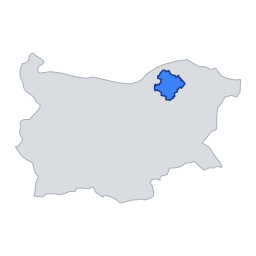 Razgrad highlighted on a map of Bulgaria
{"feature_id": "BGR-2256", "entity_name": "Razgrad", "entity_type": "Province", "adm_level": 1, "iso_a3": "BGR", "parent_name": "Bulgaria", "parent_adm1": "", "projection": "albers", "projection_center": [26.578, 43.648], "detail": "fine", "context": "in_parent", "style": "filled", "palette": "blue", "viewbox_px": 256, "rotation_deg": 0, "n_neighbors": 0, "source": "natural_earth", "source_scale": "10m", "svg_char_len": 3194}
<svg xmlns="http://www.w3.org/2000/svg" viewBox="0 0 256 256"><path d="M221.9,167.3L216.9,166.5L215.2,166.8L214.1,168.0L211.8,167.8L208.9,167.9L206.0,169.3L204.4,169.9L202.1,168.7L198.0,164.9L195.5,162.2L193.6,161.5L191.8,162.3L185.2,163.3L183.6,164.9L180.5,166.6L177.5,167.4L173.0,168.0L170.7,167.9L169.4,168.8L168.3,171.3L167.5,173.8L166.9,174.8L161.3,176.0L160.1,177.4L159.8,178.8L159.9,180.1L155.5,178.8L152.0,179.7L151.2,180.7L150.5,182.2L150.9,183.9L152.1,185.4L153.3,189.7L153.7,194.0L153.0,196.4L150.4,198.1L145.1,199.9L140.0,199.0L137.7,199.7L134.0,199.9L130.5,200.4L125.1,202.1L120.2,203.0L115.9,199.4L110.8,196.9L105.4,195.3L103.5,196.3L102.7,197.1L98.2,193.9L96.2,192.7L95.2,191.5L93.5,187.3L92.4,187.1L88.6,188.6L85.0,188.4L82.8,188.1L76.4,188.1L75.5,190.9L74.7,191.3L73.3,191.6L69.8,191.3L65.4,193.3L60.7,194.4L57.0,194.3L53.2,193.6L51.0,193.9L46.1,194.0L42.9,196.9L38.0,196.6L34.0,195.9L34.6,194.9L35.9,182.7L38.1,177.3L38.1,176.2L37.7,175.3L36.0,174.4L34.9,171.4L32.6,163.5L31.1,161.8L27.1,160.0L23.5,157.6L20.6,154.5L15.4,146.9L18.2,146.3L19.2,144.8L22.2,140.9L22.6,139.0L22.4,137.9L20.6,135.8L19.5,131.6L20.7,127.7L20.8,125.6L20.0,123.6L21.1,121.1L23.2,119.9L24.5,119.5L29.8,119.5L33.4,114.7L35.5,113.2L37.8,110.4L38.8,109.4L39.8,107.2L40.2,105.0L36.2,101.7L34.8,99.2L33.1,96.5L30.7,94.6L25.7,91.2L23.9,88.0L23.2,83.8L22.0,80.6L20.7,78.5L20.5,76.9L19.9,74.8L20.0,70.9L21.5,65.6L22.3,63.8L24.0,63.4L28.7,60.8L29.1,57.2L30.0,55.0L31.5,53.8L32.9,53.0L35.3,55.2L41.1,58.8L43.9,61.4L43.7,62.9L42.3,64.3L39.6,65.6L38.0,67.5L37.5,69.9L37.8,71.6L39.5,73.1L50.5,71.7L61.4,73.1L76.1,76.9L85.8,78.3L93.1,77.0L106.4,80.1L118.9,82.9L130.9,83.8L137.6,81.9L142.4,79.2L146.5,74.1L156.5,67.5L166.2,63.7L178.8,60.7L187.3,59.6L188.5,60.6L199.3,66.7L204.1,66.7L208.0,67.7L209.4,69.3L210.4,69.7L215.5,68.1L217.9,71.5L221.6,76.1L227.7,78.5L233.2,79.7L234.9,79.9L240.6,79.7L240.1,91.5L236.8,97.1L231.5,95.4L224.9,97.1L221.5,103.4L219.5,105.3L217.8,107.5L216.7,115.7L216.7,129.0L214.1,130.6L211.8,131.2L202.2,143.0L207.9,146.3L210.4,148.7L214.6,155.7L220.6,163.5L221.9,167.3Z" fill="#d9dde1" stroke="#a8b0b8" stroke-width="1"/><path d="M184.4,82.6L184.8,84.2L183.9,85.0L181.6,88.1L181.0,87.8L180.6,87.1L180.2,87.2L179.8,87.4L178.9,88.4L177.9,89.3L177.0,90.0L177.6,91.0L177.1,91.9L175.7,92.4L174.5,93.2L174.3,94.4L174.8,95.5L174.5,96.8L173.7,96.6L173.0,96.6L172.9,98.5L172.1,98.8L171.3,98.9L170.1,100.2L169.2,100.2L168.3,99.8L166.1,99.8L165.8,98.4L166.0,96.5L164.2,95.9L162.0,95.6L161.6,95.3L161.1,95.0L161.7,93.3L160.2,91.7L158.4,90.6L156.8,90.1L155.3,90.7L154.5,89.4L154.6,87.7L154.6,87.3L154.5,86.9L154.7,86.7L154.8,86.5L154.7,85.4L155.2,84.5L155.6,84.9L156.1,85.4L157.4,84.4L159.3,84.7L159.7,83.9L160.2,82.8L160.9,82.4L160.9,80.4L161.5,79.5L160.6,79.0L159.6,78.9L157.7,78.1L157.8,76.1L159.4,75.1L160.2,73.3L162.9,70.3L164.1,70.2L165.3,70.5L166.3,71.6L167.3,71.3L168.2,70.6L169.0,71.0L169.6,71.8L169.9,72.7L170.7,74.3L173.7,75.4L174.9,75.5L175.5,76.4L176.0,77.3L176.3,76.7L176.9,76.6L177.5,76.4L178.0,75.6L178.5,75.5L178.8,76.5L179.3,77.4L180.0,77.9L180.3,78.4L180.9,78.9L180.9,80.0L181.2,80.6L181.9,80.1L182.5,80.5L183.3,81.8L184.4,82.6Z" fill="#3b82f6" stroke="#1e3a8a" stroke-width="1.5"/></svg>